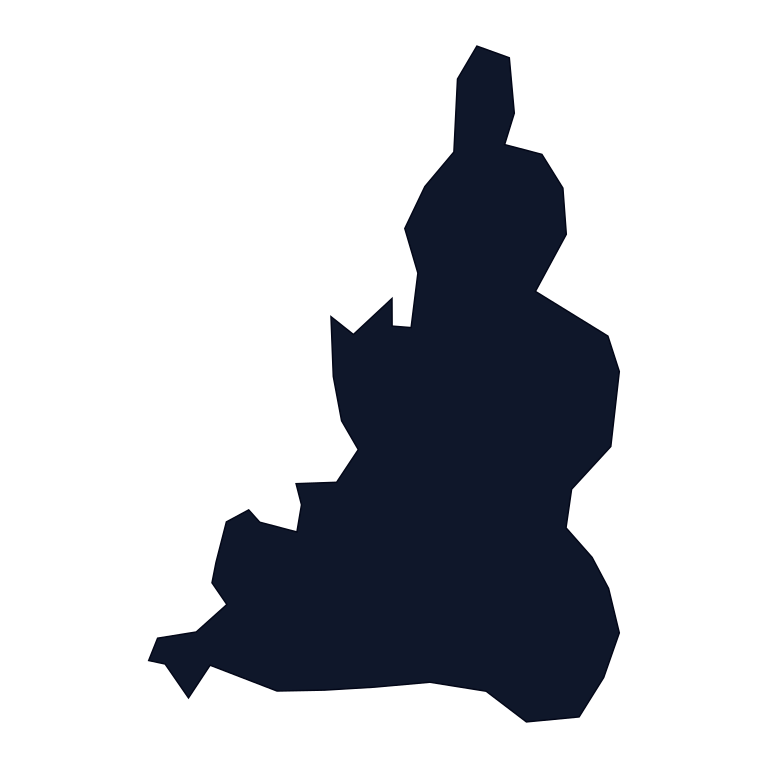 outline of Turakurgan, Namangan, Uzbekistan
{"feature_id": "79887680B29549243080653", "entity_name": "Turakurgan", "entity_type": "district", "adm_level": 2, "iso_a3": "UZB", "parent_name": "Uzbekistan", "parent_adm1": "Namangan", "projection": "natural_earth1", "projection_center": [71.419, 40.997], "detail": "fine", "context": "isolated", "style": "filled", "palette": "ink", "viewbox_px": 768, "rotation_deg": 0, "n_neighbors": 0, "source": "geoboundaries", "source_scale": "gbopen_adm2", "svg_char_len": 777}
<svg xmlns="http://www.w3.org/2000/svg" viewBox="0 0 768 768"><path d="M579.1,716.9L603.7,677.5L619.3,632.9L608.6,588.5L592.1,557.4L566.0,527.8L571.6,489.2L610.8,446.5L619.3,371.5L607.9,336.1L535.4,291.4L566.3,234.3L562.9,188.1L541.9,154.4L504.6,144.6L514.3,113.2L509.3,57.8L476.9,46.1L457.5,79.0L453.9,152.0L424.9,186.5L404.8,228.5L417.9,273.1L411.1,327.6L392.1,326.1L392.0,298.5L353.4,334.5L331.0,316.7L333.3,376.5L341.6,420.8L358.3,449.6L336.6,482.3L296.1,483.7L301.5,504.8L296.9,532.0L259.7,522.2L248.7,509.9L226.4,521.9L216.0,562.4L212.0,582.8L226.9,604.5L196.2,632.0L157.6,638.2L148.7,660.5L165.1,664.0L188.5,697.9L210.1,665.2L277.0,691.0L324.6,690.1L374.8,687.1L429.8,682.2L486.1,691.2L526.4,721.9L579.1,716.9Z" fill="#0f172a" stroke="#020617" stroke-width="1.5"/></svg>